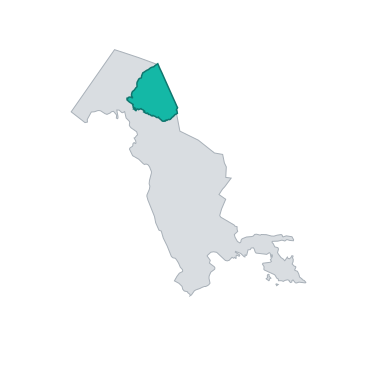 location of Muynak, Karakalpakstan, Uzbekistan, rotated 34°
{"feature_id": "79887680B8314614924968", "entity_name": "Muynak", "entity_type": "district", "adm_level": 2, "iso_a3": "UZB", "parent_name": "Uzbekistan", "parent_adm1": "Karakalpakstan", "projection": "robinson", "projection_center": [59.714, 44.364], "detail": "fine", "context": "in_parent", "style": "filled", "palette": "teal", "viewbox_px": 384, "rotation_deg": 34, "n_neighbors": 0, "source": "geoboundaries", "source_scale": "gbopen_adm2", "svg_char_len": 5930}
<svg xmlns="http://www.w3.org/2000/svg" viewBox="0 0 384 384"><g transform="rotate(34 192 192)"><path d="M294.7,175.6L299.9,173.2L303.0,174.8L303.3,175.7L300.1,177.5L297.2,178.4L296.4,180.7L293.5,181.6L290.7,184.7L286.3,187.9L286.2,188.6L286.7,189.1L288.2,189.4L291.3,191.2L294.2,190.2L295.0,190.4L295.8,191.4L296.7,194.3L298.1,195.1L302.4,196.6L305.6,196.6L307.2,197.2L307.4,196.9L307.4,192.6L308.8,193.4L310.2,192.8L310.7,190.7L310.3,189.3L311.3,188.5L311.9,189.1L312.0,190.3L313.6,191.2L314.8,193.3L315.3,195.7L318.3,196.3L319.3,195.9L320.1,196.1L320.7,199.2L321.2,199.4L323.7,198.8L326.1,200.1L328.9,202.4L331.8,202.5L332.4,203.0L334.5,202.6L336.9,203.2L337.0,203.6L336.6,204.1L331.1,206.9L329.6,208.9L328.4,209.5L324.9,208.4L324.4,209.6L325.1,210.8L324.3,212.0L322.5,211.6L322.1,211.0L320.4,211.3L318.5,213.3L317.7,215.0L315.8,215.5L313.3,217.2L312.2,215.9L310.3,216.0L307.8,214.7L306.6,214.4L295.6,216.2L294.8,215.9L293.5,213.6L290.7,212.4L290.7,211.3L296.2,206.5L296.7,205.1L294.8,204.3L295.1,203.0L291.2,199.2L290.5,199.0L290.0,199.1L288.8,201.9L279.3,206.8L277.8,206.3L275.5,204.5L274.1,203.9L272.4,205.4L272.5,207.2L270.8,208.6L272.6,213.6L272.5,214.2L271.2,214.4L272.2,216.2L271.5,216.5L266.7,215.7L261.3,216.9L261.5,217.7L266.4,217.5L267.1,217.9L267.2,218.5L266.9,218.9L264.4,219.3L264.2,220.1L265.6,222.3L265.0,222.7L264.0,222.3L263.4,223.7L261.7,223.7L261.0,227.9L259.7,229.4L257.9,230.1L246.2,228.2L243.3,229.5L241.3,231.4L240.2,236.1L240.3,236.6L245.3,238.4L246.2,241.2L252.2,241.5L253.2,241.9L253.7,242.6L254.0,243.4L252.4,248.0L253.2,252.1L254.3,254.0L257.9,257.5L257.8,259.5L257.1,261.2L256.1,262.8L255.1,263.4L253.7,265.4L252.4,267.7L250.0,270.9L249.2,272.6L249.1,277.6L248.4,279.2L248.3,278.6L247.4,278.0L244.7,277.8L244.2,277.2L240.9,278.4L238.7,277.8L236.5,275.8L232.3,275.0L227.1,275.5L226.7,270.3L226.9,266.4L228.6,263.3L228.5,262.8L227.6,261.7L224.4,260.9L220.7,258.5L217.2,256.9L215.2,256.3L213.0,257.2L211.0,257.0L201.7,250.7L193.9,246.2L188.4,241.6L185.9,242.1L179.1,237.8L174.6,233.3L159.9,223.3L157.0,220.8L156.3,219.6L155.1,213.5L153.8,210.7L151.9,209.2L150.3,206.2L147.8,199.1L147.0,197.8L142.6,194.8L140.1,194.0L138.2,194.5L137.3,195.7L135.8,195.8L129.5,194.6L122.5,195.1L116.3,191.5L116.0,190.9L116.0,189.9L117.1,187.4L116.9,186.4L116.1,185.2L116.1,184.0L116.6,183.3L117.8,183.6L118.2,183.1L118.0,182.5L116.6,181.0L113.8,179.6L114.4,178.7L114.5,176.4L114.9,175.1L114.5,174.7L112.4,173.0L105.6,172.9L104.0,172.4L102.7,171.7L101.4,169.1L100.7,168.5L96.0,167.5L91.2,163.0L90.2,165.0L89.3,165.4L85.7,164.9L83.8,166.1L88.3,170.7L89.3,172.1L89.2,172.9L87.9,173.0L86.8,170.8L86.0,170.2L81.8,169.0L80.4,170.4L80.0,172.2L78.1,175.2L76.0,175.7L70.8,175.8L69.3,176.5L68.3,177.3L66.3,180.0L63.8,182.0L64.6,190.4L66.2,192.5L64.5,194.3L47.0,193.1L48.2,117.3L73.1,110.3L90.9,105.9L131.4,129.7L132.4,130.6L132.9,132.7L134.0,134.3L147.9,148.3L168.2,145.5L188.8,147.1L196.4,143.7L202.6,149.8L206.4,152.0L211.8,161.0L216.7,158.6L216.2,169.3L215.7,172.6L215.8,179.0L224.0,179.2L226.0,189.5L228.1,196.0L229.9,196.8L245.4,195.8L246.6,196.3L248.8,195.6L250.2,197.7L251.9,199.1L250.9,203.6L252.9,205.4L257.3,207.6L260.0,207.5L260.4,206.7L260.3,205.7L259.6,204.5L259.6,203.2L260.0,202.3L262.4,198.8L266.5,195.5L267.4,194.3L267.7,192.1L269.1,190.9L272.7,189.6L273.2,188.5L277.5,185.8L282.4,184.1L284.6,182.8L286.7,180.2L289.7,177.4L291.0,177.4L291.9,178.3L292.6,178.3L294.7,175.6ZM294.9,201.0L294.2,199.7L293.4,199.2L293.1,199.4L294.4,201.1L294.9,201.0ZM305.3,222.6L302.0,222.5L302.5,220.5L301.3,219.5L301.0,218.5L301.2,217.6L302.0,217.3L303.0,218.7L305.6,219.3L304.8,220.8L305.5,222.3L305.3,222.6ZM315.2,220.4L314.6,222.3L313.1,221.5L313.3,221.0L315.2,220.4Z" fill="#d9dde1" stroke="#a8b0b8" stroke-width="1"/><path d="M119.5,149.9L120.1,150.0L121.0,150.0L122.1,149.3L122.4,149.2L122.5,148.8L123.0,149.2L123.9,149.1L124.6,149.4L125.2,149.3L125.9,149.5L126.2,149.4L126.6,149.6L127.2,149.6L127.5,149.8L127.8,149.7L128.3,149.6L128.6,149.3L129.1,149.1L129.4,148.8L129.6,148.2L130.0,148.3L130.2,148.1L130.1,147.6L130.4,147.5L130.5,147.2L130.4,146.7L130.7,146.5L131.2,146.5L131.5,145.8L132.1,144.8L132.7,144.7L133.5,143.7L133.4,142.9L133.7,142.5L133.7,141.3L134.0,140.7L134.1,140.3L134.2,140.2L134.3,139.1L134.5,138.9L134.5,137.7L134.8,137.2L135.9,135.0L134.8,133.8L134.3,133.3L133.6,132.6L133.5,132.4L133.6,132.7L133.6,133.2L133.7,133.4L133.5,133.0L133.3,132.7L133.2,132.3L133.0,132.2L133.0,131.5L133.0,131.2L132.9,130.9L133.0,130.7L132.9,130.2L132.7,130.1L132.5,129.9L132.1,129.8L128.0,127.2L124.1,124.8L104.3,112.5L100.5,110.1L96.1,107.5L91.9,104.8L90.8,107.5L90.5,108.5L90.3,109.5L89.7,110.2L89.0,111.0L88.4,111.9L87.9,113.1L87.6,114.3L87.2,115.3L86.6,116.1L86.2,117.0L85.9,117.7L85.6,118.5L85.1,119.7L84.6,120.6L84.9,122.2L85.3,124.0L86.1,125.4L86.1,125.9L85.1,127.0L84.7,128.2L85.0,130.1L85.0,131.0L85.4,132.4L86.1,133.5L87.5,135.3L87.5,135.9L87.2,137.1L87.2,137.9L87.2,138.9L87.1,140.1L86.8,140.8L86.5,142.1L86.6,143.0L87.0,144.2L87.6,145.5L88.6,146.4L89.5,146.6L89.9,147.1L89.7,147.4L89.3,147.4L88.2,147.6L87.6,147.9L86.9,148.4L86.3,149.3L86.3,149.9L86.5,150.5L86.4,150.7L85.8,150.7L85.9,151.0L86.4,151.1L86.4,151.5L86.7,151.5L86.8,152.0L89.5,152.4L90.5,152.4L94.2,152.4L94.2,152.9L94.6,153.3L95.7,154.2L95.7,154.5L96.2,154.8L96.6,154.8L96.7,154.5L97.1,154.6L97.3,154.4L97.6,154.4L98.1,154.3L98.1,154.6L97.8,154.8L97.6,155.1L97.3,155.7L97.7,155.6L97.9,155.4L98.0,155.6L98.3,155.5L98.2,155.8L98.4,155.8L98.7,155.7L99.2,155.4L99.4,155.5L99.5,155.9L100.0,155.9L100.0,155.6L100.0,154.7L100.1,153.8L100.9,153.4L101.5,153.7L101.9,153.2L102.5,152.5L102.7,151.8L103.1,151.4L103.4,151.6L104.4,151.5L105.4,151.3L106.5,151.4L107.5,151.5L107.2,152.6L109.0,152.5L110.2,152.4L110.5,152.0L111.1,151.4L112.2,151.7L112.3,152.0L112.6,152.0L113.2,151.7L114.2,151.2L114.9,151.4L115.6,151.5L116.0,151.2L116.5,151.2L116.6,150.5L117.2,150.2L118.1,150.3L118.8,149.9L119.5,149.9Z" fill="#14b8a6" stroke="#0f766e" stroke-width="1.5"/></g></svg>